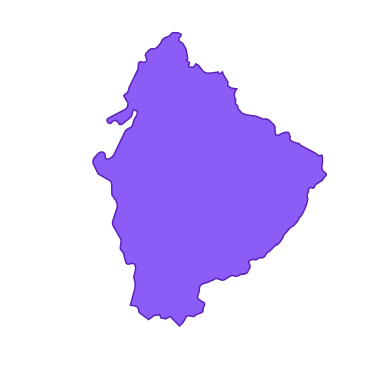 the border of Huesca, rotated 29°
{"feature_id": "ESP-5825", "entity_name": "Huesca", "entity_type": "Autonomous Community", "adm_level": 1, "iso_a3": "ESP", "parent_name": "Spain", "parent_adm1": "", "projection": "equal_earth", "projection_center": [-0.025, 42.135], "detail": "fine", "context": "isolated", "style": "filled", "palette": "violet", "viewbox_px": 384, "rotation_deg": 29, "n_neighbors": 0, "source": "natural_earth", "source_scale": "10m", "svg_char_len": 4298}
<svg xmlns="http://www.w3.org/2000/svg" viewBox="0 0 384 384"><g transform="rotate(29 192 192)"><path d="M106.1,59.4L106.6,60.7L106.6,61.9L106.1,62.7L106.0,63.6L106.7,65.1L108.0,66.3L109.3,66.5L110.5,66.3L111.8,66.5L116.2,69.1L118.5,71.0L123.5,77.4L123.7,78.1L123.4,78.9L123.4,79.5L124.3,79.9L126.4,79.9L126.9,80.0L127.7,81.1L127.5,82.2L127.5,83.2L128.7,83.9L129.7,83.8L131.9,82.4L133.0,82.0L133.2,78.0L136.5,78.1L143.5,81.2L147.4,80.9L150.5,79.1L156.7,74.4L157.8,75.5L158.8,75.2L159.7,73.9L160.4,72.2L162.4,74.0L162.7,74.2L170.2,78.5L171.7,81.7L175.2,82.1L178.9,81.1L181.2,80.1L180.9,83.0L181.7,86.0L183.2,88.4L185.4,90.1L186.1,91.1L186.3,92.2L186.7,93.3L188.0,93.9L189.7,94.4L190.6,95.1L191.2,96.0L191.9,96.7L197.0,98.7L201.5,98.3L211.4,94.7L219.3,93.6L221.7,92.0L223.8,91.7L230.7,93.4L232.7,94.4L235.5,99.1L237.5,101.4L239.4,101.2L243.0,96.2L245.3,94.0L247.7,93.2L251.2,96.1L251.5,96.7L251.5,97.4L251.6,98.1L252.2,98.7L254.8,99.2L257.3,99.0L262.2,97.8L264.4,98.6L280.4,98.2L285.0,98.8L286.7,98.2L287.5,96.8L289.1,98.1L291.6,102.5L293.4,107.2L294.4,108.7L295.6,109.6L296.7,110.1L299.4,110.6L300.8,111.3L301.2,112.1L301.3,112.8L300.8,113.9L300.6,114.8L300.4,117.1L300.3,118.2L300.1,119.0L299.7,119.6L299.1,120.6L298.4,122.0L297.8,123.5L297.2,124.1L296.8,125.1L296.3,126.5L296.7,128.4L296.3,129.3L296.3,129.7L295.8,130.1L295.3,130.3L294.7,130.4L293.8,130.5L292.9,131.1L292.6,132.5L292.9,133.7L293.5,135.1L293.8,136.4L293.9,138.2L294.4,139.4L294.9,140.1L295.3,140.5L295.9,141.1L296.7,142.2L297.4,144.3L298.4,148.3L299.1,155.5L299.1,158.8L298.9,160.4L298.2,162.6L298.4,163.3L298.4,165.5L298.1,168.6L297.9,169.7L296.8,172.9L295.9,174.5L295.4,175.2L295.1,176.0L294.1,181.3L293.6,182.5L293.3,184.2L293.0,185.9L293.4,186.9L293.7,188.6L293.4,190.4L293.0,194.0L292.5,195.8L291.8,197.4L290.6,198.3L290.6,199.1L288.6,206.0L286.8,209.8L286.8,210.9L287.0,212.2L286.4,214.0L285.8,215.0L285.2,215.7L283.8,216.2L282.9,216.9L282.3,217.8L281.3,219.7L280.7,220.3L279.9,220.8L278.8,221.0L277.7,221.7L276.7,222.6L275.9,223.7L275.4,224.7L275.5,225.7L277.3,227.4L278.4,228.1L278.9,229.0L279.2,230.0L279.5,235.6L279.0,236.8L278.1,237.7L277.3,238.8L276.3,239.3L274.4,240.6L273.3,242.5L272.3,243.7L271.2,244.5L268.8,245.1L267.7,245.5L267.0,246.1L266.4,246.8L264.7,249.6L263.4,252.3L262.3,253.8L261.0,254.6L256.6,255.4L255.6,255.7L254.7,256.2L254.2,256.8L253.4,258.0L253.1,259.0L252.2,259.7L251.3,260.7L249.6,263.5L246.5,266.3L244.7,269.1L244.6,270.4L244.8,271.7L246.6,275.9L247.2,279.6L247.7,281.0L248.3,281.9L249.5,282.5L253.4,283.0L254.8,282.8L256.0,283.0L257.1,283.4L257.8,284.8L257.8,286.1L257.9,287.4L258.3,288.7L258.9,289.9L259.4,291.4L259.0,292.5L258.3,293.5L255.8,296.5L255.1,297.5L254.6,298.5L254.3,299.2L254.3,299.4L254.1,299.8L253.7,300.2L252.8,300.6L249.0,301.8L247.7,303.0L247.3,304.0L247.5,307.3L247.4,310.6L246.0,315.2L233.3,311.4L230.5,315.7L225.8,317.2L223.3,315.1L218.8,318.3L215.9,324.6L204.5,323.0L203.6,322.5L202.0,320.4L200.1,319.1L197.7,319.2L193.0,320.9L188.6,303.4L186.8,299.7L182.2,294.4L180.3,287.5L179.3,285.3L178.0,283.7L176.4,283.0L174.8,283.1L171.0,286.2L170.1,286.4L168.5,285.9L161.3,278.4L157.4,276.9L156.5,275.9L153.6,268.9L152.6,267.8L138.6,259.2L137.5,257.7L136.8,255.9L134.0,241.5L132.4,238.8L130.3,236.8L123.3,233.3L117.6,223.5L115.5,221.9L101.2,221.6L91.5,214.9L90.1,212.4L89.9,209.7L91.2,204.2L92.2,202.0L93.0,201.2L93.9,200.6L94.9,200.4L96.0,200.4L97.0,200.8L97.9,201.5L99.9,204.4L100.8,204.8L102.7,204.0L104.2,202.1L105.2,199.7L105.6,197.3L104.1,170.6L105.1,168.1L107.1,165.2L107.5,164.0L107.5,162.2L106.3,156.7L106.4,150.9L105.7,149.2L105.1,148.5L104.4,148.1L101.2,148.1L100.9,148.6L101.0,149.7L102.2,154.5L102.2,156.0L98.1,166.4L97.5,167.1L96.8,167.7L95.7,168.0L94.9,167.7L93.1,166.6L91.9,166.4L90.7,166.5L89.5,167.1L88.6,168.1L87.7,171.1L86.6,172.1L85.0,172.1L83.6,171.4L82.7,170.0L82.8,168.4L93.6,152.0L94.2,150.0L94.2,148.8L93.2,145.5L86.0,141.2L85.6,140.7L85.7,140.0L87.1,136.9L87.3,135.7L87.3,134.6L86.3,130.8L85.3,110.8L82.8,105.2L82.8,104.3L83.1,103.6L83.8,103.0L86.7,102.1L88.0,101.4L88.6,99.7L88.2,98.0L84.8,95.0L84.6,93.6L85.5,89.0L86.5,86.9L87.3,86.3L88.9,85.4L90.3,84.4L91.6,81.5L92.4,76.6L92.2,73.9L92.5,72.5L93.0,71.0L96.5,66.6L97.0,65.5L96.9,64.4L97.3,63.2L98.2,61.8L102.7,59.5L106.1,59.4L106.1,59.4Z" fill="#8b5cf6" stroke="#5b21b6" stroke-width="1.5"/></g></svg>